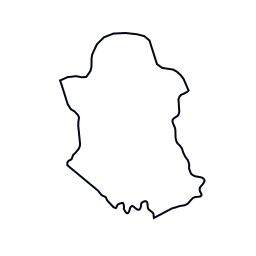 the border of Krapinsko-Zagorska, rotated 68°
{"feature_id": "HRV-1582", "entity_name": "Krapinsko-Zagorska", "entity_type": "County", "adm_level": 1, "iso_a3": "HRV", "parent_name": "Croatia", "parent_adm1": "", "projection": "albers", "projection_center": [16.026, 46.085], "detail": "fine", "context": "isolated", "style": "outline", "palette": "ink", "viewbox_px": 256, "rotation_deg": 68, "n_neighbors": 0, "source": "natural_earth", "source_scale": "10m", "svg_char_len": 1918}
<svg xmlns="http://www.w3.org/2000/svg" viewBox="0 0 256 256"><g transform="rotate(68 128 128)"><path d="M93.6,62.0L94.6,61.3L98.9,59.3L103.3,58.1L115.9,57.8L116.6,59.5L117.1,63.1L117.1,66.2L118.2,68.5L120.2,70.4L132.2,74.4L133.9,75.6L135.3,77.3L135.9,80.1L136.3,82.1L137.1,83.5L138.4,84.3L141.0,84.5L144.9,84.4L147.2,84.7L155.0,87.6L158.1,88.1L160.6,87.9L163.8,86.5L165.6,86.0L167.6,85.7L171.6,86.0L176.0,85.7L179.9,84.7L182.0,84.6L184.5,84.9L188.6,86.6L193.7,86.7L195.3,86.0L196.9,84.9L198.3,83.2L200.6,79.5L202.0,77.7L203.9,76.7L205.5,76.7L207.3,78.5L208.4,80.3L209.9,83.3L211.5,84.5L213.5,85.0L217.1,84.7L218.1,85.3L218.6,86.6L217.2,91.7L217.2,94.0L218.5,96.9L220.4,100.5L220.6,101.0L220.8,102.5L220.8,104.6L219.6,110.1L219.5,113.6L219.0,116.9L221.1,137.7L217.2,136.6L216.7,136.6L216.3,136.6L215.2,137.1L211.3,139.3L210.3,139.5L209.2,139.4L205.1,138.2L203.8,138.1L202.8,138.7L202.1,140.0L202.2,142.4L202.8,143.7L203.6,144.5L205.2,145.2L206.2,145.9L207.0,146.6L207.8,147.6L207.8,148.9L206.9,150.1L202.7,152.5L201.7,153.4L202.2,155.0L202.7,155.8L205.2,157.7L206.0,158.5L206.8,159.7L206.8,160.6L206.0,161.4L203.3,162.0L202.1,162.1L201.2,162.1L199.5,161.2L198.3,160.9L197.2,160.7L196.3,160.7L195.7,160.8L195.4,161.4L195.1,162.3L195.0,164.7L195.2,166.0L195.6,166.9L197.1,168.3L197.5,168.8L197.7,169.2L196.9,170.2L196.0,171.1L187.7,174.3L183.6,174.7L180.3,177.7L175.0,179.2L139.8,198.2L137.1,197.0L136.1,195.2L136.0,192.9L135.6,191.8L132.5,189.0L131.4,186.2L128.7,181.3L127.0,179.6L124.8,178.4L107.3,173.3L103.7,171.7L101.4,170.3L99.8,169.5L97.5,169.5L92.7,171.3L89.1,174.0L83.3,175.0L63.5,173.4L58.5,173.2L58.2,164.9L58.3,164.8L60.5,156.7L63.7,151.8L65.0,147.6L63.6,145.4L61.1,141.5L57.7,139.0L49.8,135.7L46.4,133.6L44.2,131.3L38.7,125.4L34.9,116.3L35.0,106.1L39.0,94.7L44.3,84.8L45.3,83.4L49.0,78.4L55.0,75.3L59.7,75.7L79.7,77.2L85.1,73.8L90.7,64.3L93.6,62.0Z" fill="none" stroke="#020617" stroke-width="2"/></g></svg>